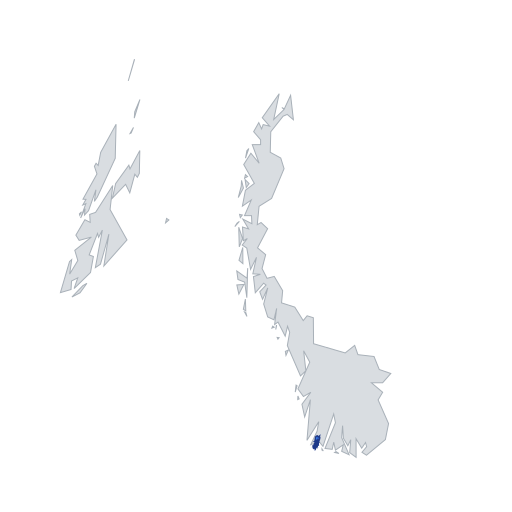 location of Flora nor, Sogn og Fjordane, Norway, rotated 289°
{"feature_id": "86288312B31787825848012", "entity_name": "Flora nor", "entity_type": "district", "adm_level": 2, "iso_a3": "NOR", "parent_name": "Norway", "parent_adm1": "Sogn og Fjordane", "projection": "robinson", "projection_center": [5.064, 61.619], "detail": "fine", "context": "in_parent", "style": "filled", "palette": "blue", "viewbox_px": 512, "rotation_deg": 289, "n_neighbors": 0, "source": "geoboundaries", "source_scale": "gbopen_adm2", "svg_char_len": 7540}
<svg xmlns="http://www.w3.org/2000/svg" viewBox="0 0 512 512"><g transform="rotate(289 256 256)"><path d="M304.0,242.7L286.0,247.0L289.3,249.9L285.6,258.1L264.2,254.8L260.4,264.7L246.1,265.8L238.5,273.7L242.6,279.9L231.9,292.5L220.0,295.4L220.3,309.3L210.3,321.7L216.1,323.8L216.3,330.3L191.8,339.0L193.4,371.9L203.6,378.4L195.9,384.5L199.4,400.3L188.8,409.5L188.8,421.7L177.4,417.0L173.7,406.4L168.4,420.1L159.7,418.3L140.7,435.9L124.5,438.1L103.6,425.3L104.9,420.1L111.7,422.7L115.3,420.3L108.7,418.5L115.8,410.1L98.2,416.2L100.6,408.6L113.2,405.4L106.5,404.6L112.1,398.0L123.8,393.1L112.2,396.1L98.4,408.7L99.2,400.6L105.9,400.0L98.3,394.3L105.3,390.1L98.0,391.0L96.5,383.9L124.2,385.4L131.9,380.9L97.8,381.3L101.0,376.1L95.4,369.2L110.2,370.8L119.8,369.3L98.3,364.2L137.9,354.2L119.7,354.4L130.8,347.7L145.0,352.2L138.6,346.6L144.0,338.9L173.1,341.4L181.9,331.9L163.7,340.5L157.1,337.1L181.5,314.8L194.8,312.7L199.8,308.7L189.7,309.7L200.7,298.3L197.3,295.9L213.2,292.6L201.5,293.7L202.2,286.9L213.1,278.9L229.7,277.5L217.2,276.3L223.4,271.2L231.8,275.0L232.8,272.1L221.0,267.3L235.7,260.3L240.1,266.1L238.1,258.8L254.9,256.9L241.6,255.2L260.5,244.7L261.9,239.4L269.7,242.1L266.3,239.1L279.0,233.8L279.2,240.2L286.6,231.5L285.2,241.6L292.7,238.6L290.4,232.0L307.4,233.3L298.7,226.9L314.7,224.6L324.1,230.8L338.5,214.6L351.5,217.7L344.7,228.8L360.1,216.2L362.8,224.1L367.4,222.5L372.8,213.3L383.0,215.2L378.0,219.9L382.6,220.0L383.2,226.6L388.8,216.9L417.0,225.1L390.8,228.3L403.6,234.8L419.2,236.4L397.0,247.0L400.0,239.4L397.0,236.1L378.3,229.5L358.7,235.7L356.7,247.5L347.7,254.1L315.5,252.0L304.0,242.7ZM217.1,78.9L234.6,82.4L233.8,88.3L241.2,85.2L245.0,90.1L276.0,97.6L252.4,102.9L229.2,128.8L197.0,115.4L228.8,109.8L197.6,111.6L192.7,107.9L230.5,102.3L222.4,101.1L225.7,98.8L202.7,97.9L202.6,102.4L186.5,104.9L166.0,94.6L177.3,94.6L172.3,89.7L164.1,92.0L157.7,83.0L190.0,81.5L192.6,82.9L178.2,85.7L193.7,89.0L202.4,82.8L220.3,94.2L213.2,83.7L217.1,78.9ZM253.4,73.9L281.8,78.9L288.2,74.0L291.6,74.6L290.2,77.3L303.4,75.4L335.0,80.8L302.5,91.1L260.2,86.8L255.0,85.4L266.5,83.1L244.3,82.9L238.9,80.5L245.1,79.0L234.8,77.8L250.1,78.1L247.8,75.6L254.2,76.8L253.4,73.9ZM278.8,99.7L300.5,106.2L297.3,108.5L317.9,111.8L296.1,118.8L291.8,118.2L293.9,114.8L274.6,116.1L281.3,109.4L264.0,101.4L278.8,99.7ZM232.1,254.7L241.8,252.1L213.6,260.9L227.6,253.8L227.9,246.6L235.6,242.7L232.1,254.7ZM246.4,241.3L259.8,240.7L244.5,246.1L246.4,241.3ZM259.2,237.2L277.6,230.3L268.2,237.6L259.2,237.2ZM157.3,95.3L171.7,102.0L175.1,105.0L163.9,101.6L157.3,95.3ZM222.4,247.3L225.2,253.8L214.4,252.2L222.4,247.3ZM322.8,217.7L316.1,222.0L305.5,220.2L317.2,219.3L322.8,217.7ZM324.7,220.8L322.2,225.9L317.6,224.5L324.7,220.8ZM201.5,261.4L211.8,260.0L200.8,264.2L201.5,261.4ZM401.8,77.2L380.0,78.2L402.5,77.0L401.8,77.2ZM353.0,94.4L366.2,95.3L346.7,96.0L353.0,94.4ZM345.1,214.2L352.6,213.1L355.3,214.2L345.1,214.2ZM329.5,219.5L328.4,222.2L325.9,219.9L329.5,219.5ZM290.0,226.9L290.3,229.7L287.2,228.7L290.0,226.9ZM262.4,159.2L261.7,161.9L257.9,159.7L262.4,159.2ZM337.7,98.3L331.6,97.9L330.8,97.0L337.7,98.3ZM175.4,314.8L177.6,317.2L171.8,316.7L175.4,314.8ZM276.9,226.4L280.9,227.4L283.3,229.0L276.9,226.4ZM238.3,75.3L241.0,76.6L237.1,76.1L238.3,75.3ZM146.7,337.1L140.1,337.4L147.0,335.9L146.7,337.1ZM137.3,341.2L134.9,343.3L133.8,342.2L137.3,341.2ZM199.2,264.8L195.9,267.1L199.4,263.3L199.2,264.8ZM97.1,395.3L96.3,398.7L95.8,394.3L97.1,395.3ZM194.6,296.4L193.0,294.5L195.1,294.6L194.6,296.4ZM404.8,232.1L404.4,234.5L404.1,234.1L404.8,232.1ZM196.6,298.2L192.9,298.6L197.3,297.8L196.6,298.2ZM185.9,302.5L186.3,304.4L184.5,303.8L185.9,302.5ZM95.2,381.1L93.6,383.1L94.0,381.5L95.2,381.1Z" fill="#d9dde1" stroke="#a8b0b8" stroke-width="1"/><path d="M96.5,372.3L96.1,372.4L96.0,372.7L96.0,372.8L96.5,373.2L96.5,373.3L96.4,373.2L96.4,373.4L96.3,373.5L96.6,373.5L96.4,373.4L96.5,373.3L96.8,373.5L97.0,373.5L97.7,373.4L98.5,373.5L99.7,373.4L99.4,373.6L99.8,373.6L100.1,373.5L100.3,373.6L100.6,373.4L100.9,373.5L100.8,373.4L101.2,373.4L101.4,373.3L101.6,373.4L101.8,373.3L102.2,373.2L101.4,373.6L101.1,373.5L100.8,373.5L100.1,373.7L99.5,373.7L99.3,373.8L99.1,373.7L98.9,373.9L98.3,374.0L98.5,374.0L99.5,373.8L100.4,373.8L100.6,373.9L101.0,373.8L101.7,373.9L102.2,374.1L102.7,374.2L102.6,374.3L102.4,374.4L102.6,374.5L101.4,374.4L101.1,374.4L101.4,374.5L101.0,374.4L100.9,374.4L101.0,374.3L100.9,374.3L101.3,374.3L101.4,374.2L101.7,374.2L101.8,374.2L100.4,373.9L99.6,374.0L99.2,374.0L98.8,374.1L99.0,374.2L99.0,374.3L98.9,374.3L99.2,374.4L99.5,374.3L100.2,374.5L100.5,374.6L100.4,374.6L100.9,374.8L101.2,374.7L101.2,374.8L101.7,374.9L101.9,374.9L101.7,375.0L101.1,374.8L100.8,375.0L100.2,374.9L100.5,375.0L100.4,375.1L99.9,375.1L99.5,375.0L99.3,374.9L98.9,374.8L98.8,375.0L99.0,375.1L98.8,375.1L98.6,375.2L98.9,375.3L98.6,375.4L98.8,375.5L99.5,375.6L99.3,375.7L99.7,375.8L100.0,375.9L100.0,375.7L101.5,375.6L103.0,375.7L103.6,375.6L104.1,375.6L104.3,375.4L104.5,375.4L104.4,375.2L104.6,375.1L105.1,375.1L105.2,374.9L106.3,374.7L106.1,374.6L106.1,374.4L105.4,374.2L105.3,373.8L105.2,373.7L105.2,373.4L105.9,372.5L105.9,372.4L105.4,372.0L105.0,371.6L104.3,371.4L104.1,371.2L103.7,371.4L102.7,371.6L102.1,371.6L101.9,371.8L101.7,371.8L101.6,372.0L101.2,372.2L100.9,372.0L100.6,372.1L100.4,372.0L100.6,372.3L100.9,372.5L100.7,372.8L100.1,372.8L99.8,372.9L99.3,372.9L99.2,372.9L99.1,372.7L99.0,372.8L98.9,372.8L98.8,372.6L98.6,372.6L98.4,372.6L98.4,372.8L98.0,372.9L97.8,372.8L97.6,372.8L97.3,372.6L97.1,372.7L96.8,372.4L96.5,372.3ZM94.7,372.0L94.4,372.2L94.5,372.2L94.5,372.3L94.3,372.2L94.2,372.3L94.0,372.6L94.2,372.8L94.2,372.7L94.3,372.8L94.3,372.7L94.3,372.8L94.2,372.8L94.4,373.0L94.4,372.9L94.5,372.9L94.6,373.1L94.7,372.9L94.8,372.9L94.9,373.0L95.0,373.0L95.1,372.8L95.0,372.7L94.9,372.7L94.8,372.3L94.6,372.2L94.8,372.2L94.7,372.1L94.7,372.0ZM97.6,374.5L97.4,374.5L97.5,374.5L97.3,374.6L97.1,374.6L97.6,374.9L97.8,374.9L97.7,374.8L97.8,374.8L98.0,374.9L97.8,374.9L98.1,375.0L98.2,374.9L98.2,375.0L98.6,375.1L98.8,375.0L98.3,374.7L97.6,374.5ZM97.4,375.7L97.3,375.8L97.1,375.8L97.2,376.1L97.7,376.2L97.8,376.2L97.8,376.3L98.0,376.2L98.7,376.0L98.4,375.9L98.1,375.8L97.8,375.8L97.6,375.9L97.4,375.8L97.4,375.7ZM94.3,373.8L94.4,374.0L94.3,373.9L94.0,373.9L94.1,374.0L93.9,374.1L94.0,374.2L93.8,374.1L93.5,374.3L93.9,374.3L94.9,374.2L95.0,374.1L94.8,374.1L95.0,374.1L94.8,374.0L94.8,373.9L94.7,373.9L94.7,374.0L94.6,373.8L94.3,373.8ZM95.8,375.4L95.3,375.1L95.3,375.3L95.2,375.5L95.5,375.4L95.5,375.5L95.4,375.5L96.0,375.8L96.3,375.6L96.3,375.4L96.2,375.5L96.0,375.4L95.9,375.5L95.9,375.4L95.8,375.4ZM97.4,373.8L97.2,373.9L97.5,373.9L97.2,374.0L97.3,374.2L97.2,374.2L98.3,374.0L98.2,373.9L97.4,373.8ZM94.7,374.5L94.0,374.5L93.9,374.6L94.0,374.6L93.9,374.6L93.6,374.6L93.5,374.8L93.6,374.7L93.7,374.8L94.1,374.7L94.9,374.6L94.7,374.6L94.8,374.5L94.7,374.5ZM97.1,374.0L96.3,374.1L96.5,374.1L96.3,374.2L96.5,374.3L96.3,374.3L96.7,374.3L96.4,374.4L96.5,374.4L97.0,374.3L96.9,374.3L97.0,374.2L96.9,374.2L97.1,374.2L97.1,374.0ZM93.7,373.0L93.3,373.3L93.5,373.4L93.9,373.4L93.8,373.2L93.7,373.1L93.7,373.0ZM93.2,374.6L92.8,374.8L93.1,374.9L93.3,374.8L93.2,374.9L93.3,374.9L93.3,374.7L93.2,374.6ZM98.1,374.4L97.8,374.5L98.6,374.5L98.4,374.4L98.5,374.4L98.3,374.3L98.1,374.4ZM97.7,373.4L97.4,373.5L97.5,373.5L97.4,373.6L97.7,373.7L97.9,373.6L98.0,373.6L97.7,373.5L97.7,373.4ZM94.3,373.4L94.2,373.5L94.3,373.5L94.2,373.5L94.4,373.7L94.4,373.4L94.3,373.4ZM98.8,373.8L98.1,373.7L98.3,373.8L98.2,373.8L98.3,373.9L98.8,373.8Z" fill="#3b82f6" stroke="#1e3a8a" stroke-width="1.5"/></g></svg>